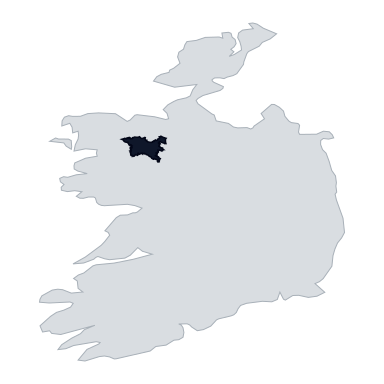 Swinford Lea-4, Mayo, Ireland shown in context
{"feature_id": "5873133B98662462343086", "entity_name": "Swinford Lea-4", "entity_type": "district", "adm_level": 2, "iso_a3": "IRL", "parent_name": "Ireland", "parent_adm1": "Mayo", "projection": "equal_earth", "projection_center": [-8.887, 53.889], "detail": "fine", "context": "in_parent", "style": "filled", "palette": "ink", "viewbox_px": 384, "rotation_deg": 0, "n_neighbors": 0, "source": "geoboundaries", "source_scale": "gbopen_adm2", "svg_char_len": 8762}
<svg xmlns="http://www.w3.org/2000/svg" viewBox="0 0 384 384"><path d="M259.2,46.2L248.4,51.6L246.8,53.7L243.8,62.0L243.5,64.4L236.8,73.7L233.0,75.6L227.2,77.1L224.0,78.6L219.9,77.8L214.7,77.9L212.1,79.6L212.2,80.9L213.8,82.3L223.4,86.6L222.9,88.4L220.2,90.4L203.0,95.5L197.9,98.5L196.1,100.5L198.0,103.8L211.8,113.9L214.2,115.0L216.2,120.9L228.4,123.4L233.4,127.0L237.7,127.9L247.0,127.6L250.8,129.0L252.9,127.9L254.1,126.0L264.5,118.8L261.1,113.5L271.6,104.4L274.4,104.5L279.4,107.3L283.5,111.1L284.9,116.3L288.8,121.0L291.3,122.6L298.0,123.5L299.6,125.3L298.5,132.1L299.6,134.4L316.6,134.2L323.4,131.2L329.3,131.8L332.3,134.8L333.7,137.9L328.6,139.1L323.3,138.5L320.7,140.5L320.6,144.5L322.5,149.6L326.1,153.2L329.1,161.3L331.7,170.4L335.5,175.9L336.4,182.7L335.9,186.1L336.7,192.1L335.1,194.2L336.4,199.9L343.0,218.2L344.5,232.5L341.6,237.9L337.5,243.0L334.9,249.1L333.0,255.6L331.9,266.2L323.2,278.6L319.4,281.7L315.0,283.6L324.8,292.3L317.0,296.2L308.3,297.4L298.7,295.3L292.8,295.5L285.3,300.1L283.5,299.2L279.9,292.1L277.3,299.5L271.8,301.8L262.4,301.3L246.6,303.3L240.6,305.4L238.1,308.7L236.3,312.5L233.8,314.8L231.0,315.9L218.8,318.8L216.5,319.9L210.8,326.1L203.4,329.6L197.3,330.7L191.8,327.1L189.6,324.9L187.1,323.8L178.7,324.0L181.3,325.1L183.0,327.7L183.9,332.5L183.0,337.3L178.8,339.7L173.9,340.2L166.1,345.1L155.8,346.5L150.2,351.0L116.1,358.8L114.2,358.9L109.5,356.9L104.4,356.0L99.3,356.6L85.0,361.0L78.1,360.1L87.0,349.4L98.8,344.0L100.1,342.5L96.2,341.7L73.7,345.5L65.8,348.7L58.0,349.6L61.7,344.7L71.8,338.1L80.5,333.7L84.3,329.7L94.9,325.3L60.7,334.5L51.7,333.4L49.6,330.8L42.6,332.0L40.0,325.8L50.5,316.4L56.5,312.4L63.7,310.2L70.6,307.1L73.2,303.3L70.0,302.0L49.3,303.0L39.5,302.2L40.0,299.2L41.9,295.8L52.2,290.1L57.7,289.2L62.6,289.7L71.3,293.1L82.9,292.0L78.1,288.4L77.3,281.0L73.6,278.5L78.4,275.0L83.8,273.0L92.9,265.9L96.1,264.8L114.0,263.1L133.2,259.3L152.3,254.2L142.5,251.3L137.8,247.6L130.3,255.2L124.9,258.1L109.6,259.7L104.7,258.8L97.9,256.5L95.8,257.4L93.8,259.2L83.7,263.0L73.0,263.9L85.4,257.0L101.2,245.3L104.7,241.6L109.7,235.2L108.2,232.4L104.9,230.8L116.3,217.6L120.3,215.2L127.6,214.9L132.9,212.8L135.3,212.8L137.4,212.0L142.0,208.1L134.9,205.6L127.4,204.3L104.4,205.7L101.4,205.4L98.6,204.2L96.7,202.4L95.4,198.0L93.7,197.0L88.5,197.0L83.4,198.3L79.8,198.2L76.3,196.3L81.9,191.7L74.7,190.7L67.4,191.6L61.4,190.2L61.2,187.3L64.0,184.5L60.4,181.8L59.7,178.4L63.6,176.7L67.7,177.3L76.3,174.8L87.2,173.6L77.9,171.1L74.2,169.0L74.0,165.7L74.8,162.9L85.6,158.2L97.2,156.2L96.4,153.1L97.2,149.8L85.5,148.8L74.0,151.1L75.3,144.8L78.1,139.0L78.6,135.2L78.1,131.2L72.7,132.9L72.1,127.2L69.8,123.3L61.8,126.0L62.1,120.9L64.4,117.2L68.6,115.7L72.7,116.4L80.4,116.3L87.8,113.6L98.5,112.9L115.5,113.7L127.2,121.4L130.2,120.0L134.9,115.2L137.1,114.7L154.7,116.8L165.7,119.5L168.6,118.7L167.0,113.3L163.2,109.6L167.9,104.8L173.7,101.5L177.5,99.8L186.4,97.8L190.2,95.9L192.8,89.7L196.8,84.5L174.6,87.2L153.5,81.1L156.8,76.7L161.3,74.3L169.0,72.4L169.7,70.1L173.6,68.3L180.0,63.3L177.6,56.9L178.9,52.2L183.5,49.2L184.9,44.8L186.9,41.6L196.3,40.4L205.3,37.4L219.1,37.0L222.8,38.2L221.9,33.0L228.4,32.3L231.0,33.3L232.1,37.1L235.1,39.5L236.1,43.6L234.1,46.8L230.8,49.3L233.9,51.8L229.2,56.4L234.3,54.5L241.5,50.0L241.1,46.3L239.8,41.7L237.7,37.6L238.6,33.0L242.6,30.1L253.3,28.7L248.9,23.5L252.8,23.0L257.0,24.1L263.3,28.2L276.6,33.8L270.2,38.9L262.3,42.4L259.2,46.2ZM71.7,146.9L71.3,149.3L66.2,146.2L63.8,142.9L49.7,141.3L55.6,138.0L58.5,139.0L68.4,139.1L71.2,140.5L71.7,146.9Z" fill="#d9dde1" stroke="#a8b0b8" stroke-width="1"/><path d="M157.8,161.9L158.7,161.9L158.6,161.6L158.7,161.4L159.1,161.4L159.0,161.1L159.4,160.7L159.4,160.4L159.2,160.3L159.4,160.1L159.3,159.8L159.2,159.7L159.7,159.2L159.9,159.2L160.1,159.0L160.3,158.6L159.9,158.5L159.7,158.6L159.4,158.4L158.9,157.7L158.7,157.7L158.9,157.4L158.4,156.8L158.0,157.0L157.6,156.9L157.4,156.5L157.0,156.4L156.7,156.4L155.7,156.1L155.3,155.8L156.0,155.3L156.2,155.5L156.9,155.2L156.4,154.5L156.5,154.3L156.9,154.2L157.0,154.1L156.9,154.0L157.1,154.1L157.2,153.9L157.0,153.7L156.7,153.6L157.0,153.4L156.8,153.3L156.8,153.2L156.8,152.9L156.5,152.8L156.3,152.6L156.5,152.5L157.2,152.6L157.4,152.3L158.1,152.3L158.3,152.2L158.2,151.9L158.3,151.9L158.4,151.3L158.0,151.2L157.9,150.9L157.9,150.7L157.7,150.4L157.7,150.2L159.2,150.3L159.6,150.0L161.6,151.0L161.9,150.9L162.2,150.9L162.5,150.7L162.3,150.4L162.3,150.0L162.8,149.9L162.8,149.7L163.0,149.6L163.5,149.6L163.1,149.3L163.1,149.2L162.4,148.9L162.5,148.7L162.6,148.1L162.2,147.9L161.6,147.9L160.6,147.5L160.3,147.3L160.2,147.0L159.0,146.4L159.3,146.0L158.9,145.9L159.5,144.3L159.2,143.9L159.9,144.0L160.3,143.9L160.2,143.7L159.6,143.7L159.3,143.4L159.0,143.3L158.9,143.1L159.0,143.0L158.6,142.8L158.7,142.7L159.0,142.4L159.1,142.2L159.3,142.0L159.3,141.9L159.5,142.0L160.3,141.6L160.5,141.9L161.4,142.3L164.4,143.3L164.8,143.7L165.0,143.7L165.1,143.3L164.8,143.1L165.9,143.4L165.6,142.4L165.3,142.3L165.4,141.4L165.6,141.1L165.4,140.4L165.4,140.0L165.5,139.7L165.6,138.9L166.1,138.3L165.0,138.0L164.4,137.7L163.6,137.6L163.2,137.3L162.7,137.2L161.6,136.5L161.5,136.3L161.7,136.2L161.0,136.3L160.6,136.3L160.4,136.7L159.2,136.8L159.5,137.7L159.7,137.8L159.4,138.5L159.2,138.4L158.6,138.8L157.9,139.0L157.5,139.3L157.6,139.7L157.4,140.1L157.0,140.5L156.2,140.5L155.3,139.9L154.4,140.9L154.1,140.9L154.3,141.3L154.2,141.4L154.0,141.5L153.4,141.4L152.4,141.6L152.3,141.8L152.3,142.3L151.7,142.4L151.0,142.3L150.9,142.4L150.5,142.3L150.3,142.4L147.9,141.8L147.7,141.9L147.4,141.7L146.8,141.1L146.7,141.1L146.7,140.6L146.8,140.4L146.6,140.4L146.0,140.3L145.8,140.4L145.5,140.1L145.4,140.0L145.6,139.8L145.6,139.6L145.4,139.4L144.9,138.8L145.0,138.7L145.3,137.6L145.0,137.5L144.5,137.5L144.2,137.8L143.4,138.0L143.5,138.2L142.5,138.6L141.7,138.6L141.1,138.6L140.9,138.3L140.9,138.0L140.6,137.8L140.4,137.5L140.1,137.3L139.7,137.2L139.6,136.8L139.5,136.7L139.3,136.8L139.4,137.1L138.9,137.3L138.5,137.1L138.4,137.1L137.6,137.4L137.1,137.2L136.5,137.3L135.8,137.2L135.6,137.2L135.3,137.1L134.4,137.1L134.1,137.4L133.8,137.4L132.8,137.6L133.0,137.9L132.8,138.1L132.8,138.3L132.4,138.4L132.3,138.5L132.2,138.4L131.5,138.7L131.2,138.6L130.4,138.8L130.4,138.6L130.2,138.3L129.4,137.9L129.4,137.7L129.6,137.5L129.3,137.4L129.1,137.5L129.2,137.8L128.9,137.8L129.0,137.9L129.1,138.1L128.9,138.0L128.7,138.3L128.4,138.3L128.5,138.1L128.2,137.7L127.7,137.9L126.8,138.1L126.9,138.6L126.4,138.9L126.2,138.8L125.9,138.9L125.5,138.5L124.6,138.3L123.9,138.7L121.7,139.3L123.1,139.9L123.6,140.5L123.8,140.5L124.0,141.3L125.2,142.0L127.2,142.4L127.5,142.3L127.6,142.2L127.8,142.2L128.0,142.4L128.3,142.4L128.4,142.6L128.5,142.6L128.2,142.7L128.1,142.8L128.0,143.1L128.2,143.3L128.4,143.3L128.7,143.8L128.7,144.1L128.9,144.2L129.0,144.7L129.8,144.8L130.8,144.6L131.0,144.8L131.1,145.4L131.5,145.4L131.5,145.6L131.7,145.8L131.9,145.9L131.6,146.1L131.5,146.3L131.0,146.3L131.3,146.5L131.7,146.9L131.9,146.9L132.0,147.1L131.8,147.3L131.9,147.6L132.0,147.8L131.7,148.2L131.3,148.2L131.2,148.1L131.1,147.5L130.7,147.8L130.2,147.7L130.1,148.0L130.2,148.3L130.4,148.3L130.6,148.5L130.6,148.8L130.6,149.0L130.7,149.3L130.7,149.6L130.9,149.8L131.0,149.9L131.3,149.9L131.4,150.7L131.3,150.9L131.0,150.8L130.8,150.8L130.8,150.7L130.7,150.5L130.7,150.4L130.5,150.2L130.3,150.2L130.2,150.3L130.2,150.5L130.1,150.8L130.1,151.0L130.3,151.1L130.3,151.4L130.2,151.4L130.3,151.5L130.2,151.5L130.3,151.7L130.2,152.1L130.3,152.2L130.3,152.4L130.5,152.4L130.5,152.7L130.6,152.9L130.6,153.4L130.9,153.7L130.8,154.3L130.9,154.5L130.7,154.9L131.0,155.3L131.5,155.1L131.9,155.1L132.0,155.8L132.2,156.3L132.3,156.2L132.6,156.0L133.0,155.8L133.7,156.3L134.1,156.0L134.3,156.0L134.3,155.7L134.6,155.7L134.8,155.5L134.7,155.3L135.1,155.1L135.4,155.0L135.6,154.9L135.6,154.6L136.5,154.9L136.6,155.0L137.1,155.0L137.3,155.4L137.7,155.3L137.7,155.1L137.5,154.7L138.1,154.3L137.9,154.0L137.7,154.0L137.7,153.9L137.8,153.7L137.7,153.5L137.8,153.3L138.1,153.3L138.3,153.2L138.5,153.5L138.4,153.6L138.5,153.8L138.7,154.0L138.9,154.1L139.1,154.3L139.3,154.3L139.4,154.1L140.1,154.0L140.3,153.6L140.5,153.5L141.0,153.5L141.5,153.4L141.8,153.6L141.7,153.3L141.8,153.2L142.1,153.1L143.0,153.3L144.1,154.0L144.4,153.7L144.5,153.4L144.9,153.6L145.3,153.6L146.0,154.3L146.1,154.5L146.8,154.7L147.1,154.6L147.3,154.7L147.3,154.9L148.0,155.1L148.5,155.5L149.3,156.4L150.6,156.8L150.7,157.0L151.2,157.2L151.2,157.4L151.7,158.3L152.6,158.7L153.0,158.7L153.1,158.8L153.2,159.2L153.6,159.3L153.9,159.2L153.8,158.9L153.6,158.8L153.9,158.5L154.2,158.4L154.6,158.5L154.9,158.6L154.8,158.9L155.2,159.0L155.5,159.2L155.9,159.4L156.4,159.3L157.4,159.8L157.3,160.0L157.5,160.3L157.5,160.6L157.8,160.8L157.4,161.1L157.6,161.3L157.7,161.5L157.8,161.9Z" fill="#0f172a" stroke="#020617" stroke-width="1.5"/></svg>